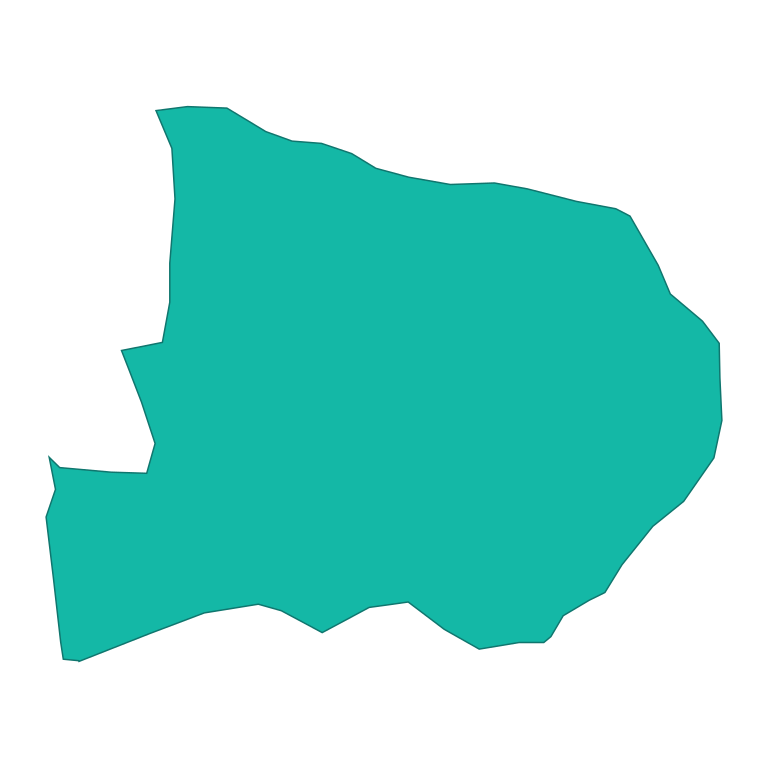 Trachoni Lemesou, Cyprus (Equal Earth projection)
{"feature_id": "46923920B27703418530208", "entity_name": "Trachoni Lemesou", "entity_type": "district", "adm_level": 2, "iso_a3": "CYP", "parent_name": "Cyprus", "parent_adm1": "", "projection": "equal_earth", "projection_center": [32.957, 34.656], "detail": "fine", "context": "isolated", "style": "filled", "palette": "teal", "viewbox_px": 768, "rotation_deg": 0, "n_neighbors": 0, "source": "geoboundaries", "source_scale": "gbopen_adm2", "svg_char_len": 878}
<svg xmlns="http://www.w3.org/2000/svg" viewBox="0 0 768 768"><path d="M79.0,661.4L149.3,633.7L204.3,612.9L258.3,604.2L281.3,610.7L322.2,632.6L369.2,607.4L388.3,604.8L408.2,602.0L444.2,629.3L479.2,649.1L519.1,642.5L543.8,642.5L550.9,636.6L563.2,615.7L589.3,600.2L604.9,592.5L622.0,564.7L652.8,526.3L683.7,501.3L713.9,457.9L721.9,420.4L721.2,406.0L719.9,377.8L719.2,343.3L702.5,321.2L670.3,294.0L658.2,265.3L630.0,216.1L615.9,208.8L576.4,201.4L527.4,188.9L494.5,183.0L450.3,184.5L408.7,177.2L375.8,168.3L351.7,153.6L321.5,143.4L292.0,141.1L265.8,131.6L226.9,108.1L187.4,106.6L156.0,110.6L171.9,148.4L175.0,198.9L169.8,263.2L169.8,302.2L162.4,342.4L121.5,350.5L129.0,369.7L141.5,402.1L155.1,443.5L146.7,473.3L111.1,472.2L59.7,467.6L49.2,457.3L55.5,489.4L46.1,517.0L53.4,577.9L60.7,642.2L63.3,659.2L78.8,660.7L79.0,661.4Z" fill="#14b8a6" stroke="#0f766e" stroke-width="1.5"/></svg>